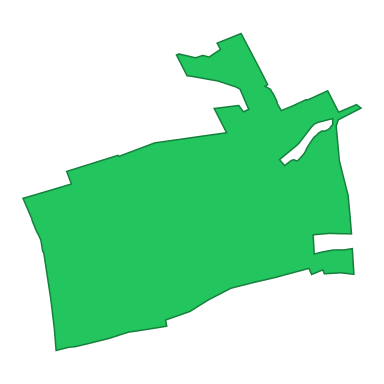 Nasturelu, Teleorman, Romania
{"feature_id": "2599482B97470036487680", "entity_name": "Nasturelu", "entity_type": "district", "adm_level": 2, "iso_a3": "ROU", "parent_name": "Romania", "parent_adm1": "Teleorman", "projection": "natural_earth1", "projection_center": [25.483, 43.671], "detail": "fine", "context": "isolated", "style": "filled", "palette": "green", "viewbox_px": 384, "rotation_deg": 0, "n_neighbors": 0, "source": "geoboundaries", "source_scale": "gbopen_adm2", "svg_char_len": 1958}
<svg xmlns="http://www.w3.org/2000/svg" viewBox="0 0 384 384"><path d="M270.4,89.3L265.0,86.3L267.7,84.7L259.6,68.8L252.3,54.8L241.1,33.5L217.1,43.1L220.5,49.3L209.0,57.1L202.9,55.4L195.5,57.8L178.8,53.9L178.7,54.5L176.5,55.0L181.8,65.4L187.1,75.8L189.9,76.1L190.8,76.2L214.5,80.4L217.6,80.9L236.1,87.0L240.0,89.1L246.8,104.9L248.8,109.4L246.7,110.3L243.4,111.8L241.8,109.6L240.5,107.8L238.8,105.5L214.2,108.5L226.6,132.7L154.6,142.9L118.8,156.4L118.1,155.3L66.7,171.4L71.4,184.0L32.4,195.6L23.0,198.3L31.9,219.0L32.0,220.2L35.6,229.1L37.2,232.8L37.8,233.4L40.9,240.2L42.7,251.3L43.8,253.0L50.8,299.1L53.0,317.4L54.3,328.2L55.4,341.8L56.1,350.5L69.0,347.2L75.0,346.7L88.3,343.6L109.7,338.2L110.4,338.0L119.8,334.9L128.7,332.1L129.5,332.0L138.5,330.7L156.9,327.8L166.7,326.2L165.6,320.0L189.5,311.6L190.5,311.1L198.6,306.0L207.1,300.7L210.2,298.9L221.9,292.9L230.5,288.4L236.1,286.9L254.3,282.3L275.6,277.4L284.6,274.9L309.0,268.4L311.6,274.5L322.8,269.9L324.4,273.8L340.5,272.8L353.9,274.3L352.3,248.6L344.2,249.9L334.4,250.0L332.9,250.0L321.8,252.1L314.2,254.0L313.4,239.1L313.2,234.8L320.5,234.1L329.6,233.4L340.0,233.7L342.6,233.7L351.5,233.9L349.8,213.3L348.1,195.3L344.1,179.7L339.3,160.4L338.8,154.5L338.3,148.9L336.2,126.2L337.4,122.4L338.2,119.9L346.0,115.8L355.0,111.2L361.0,108.1L356.5,104.6L342.2,110.7L340.4,111.4L338.6,112.2L327.7,90.8L307.5,100.0L306.2,99.6L292.3,106.1L281.2,110.6L277.2,103.4L276.7,100.8L273.3,94.0L270.3,89.4L270.4,89.3ZM327.5,130.0L324.1,131.2L322.2,130.9L321.0,131.5L318.8,132.9L316.7,135.1L314.2,137.1L312.4,139.5L311.3,141.1L310.2,142.7L308.4,145.6L306.4,148.9L305.2,151.8L303.7,154.1L300.9,157.3L298.3,160.2L296.3,161.0L294.3,159.8L292.4,160.0L290.4,161.1L284.6,165.6L279.5,159.6L288.0,152.6L296.5,145.6L299.1,143.1L311.4,127.1L312.1,126.4L314.1,124.3L315.9,123.4L317.7,122.5L329.4,119.4L332.6,118.7L332.8,124.6L330.9,126.5L329.7,128.4L328.6,129.2L327.5,130.0Z" fill="#22c55e" stroke="#15803d" stroke-width="1.5"/></svg>